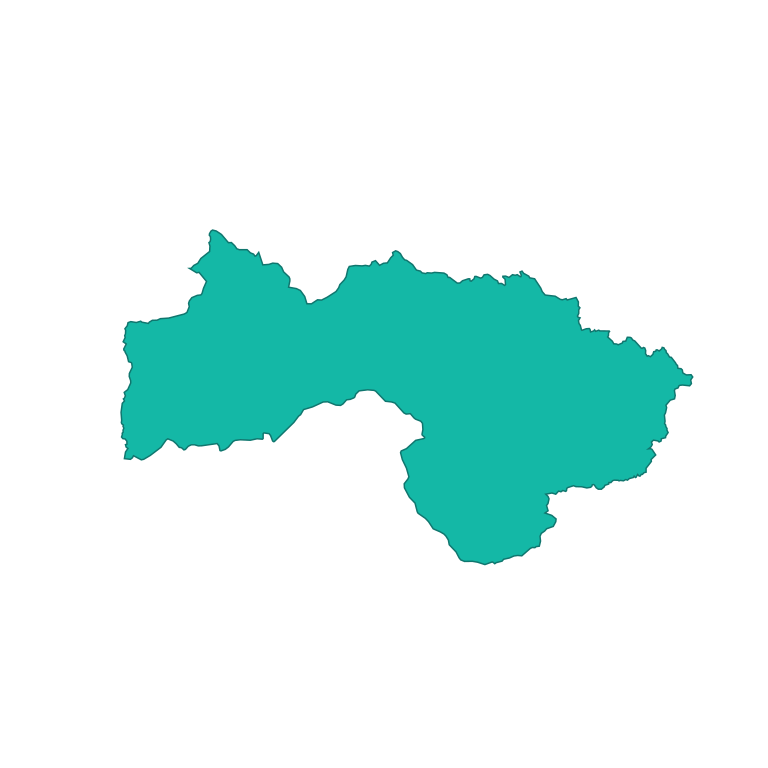 Thuong Xuan, Thanh Hóa, Vietnam, rotated 324°
{"feature_id": "81297802B72882386082996", "entity_name": "Thuong Xuan", "entity_type": "district", "adm_level": 2, "iso_a3": "VNM", "parent_name": "Vietnam", "parent_adm1": "Thanh Hóa", "projection": "natural_earth1", "projection_center": [105.249, 19.914], "detail": "fine", "context": "isolated", "style": "filled", "palette": "teal", "viewbox_px": 768, "rotation_deg": 324, "n_neighbors": 0, "source": "geoboundaries", "source_scale": "gbopen_adm2", "svg_char_len": 6171}
<svg xmlns="http://www.w3.org/2000/svg" viewBox="0 0 768 768"><g transform="rotate(324 384 384)"><path d="M210.5,186.0L206.9,187.0L206.5,188.8L204.3,191.5L202.6,192.5L202.0,194.2L197.8,196.5L199.0,200.1L194.0,202.7L193.4,204.1L193.8,205.3L193.3,206.1L192.8,210.2L190.5,215.8L192.1,218.1L192.1,218.9L190.2,222.5L184.2,225.8L182.3,228.2L181.0,232.4L179.7,234.3L173.4,237.9L168.9,238.1L167.8,241.6L165.3,243.0L164.4,242.9L164.1,245.2L160.9,245.8L154.6,252.4L150.5,259.1L148.8,260.9L148.5,262.1L149.0,264.1L148.0,264.8L147.6,266.8L145.8,267.9L144.6,269.7L143.3,269.9L142.5,271.2L140.5,272.6L140.6,274.7L142.2,276.2L142.4,279.1L140.7,281.6L139.2,281.1L138.3,283.5L139.0,285.6L134.9,287.1L130.1,291.8L134.6,295.9L137.1,295.8L139.2,294.8L143.1,302.7L145.4,303.7L153.0,304.4L166.4,304.1L174.9,301.2L176.9,301.3L179.9,306.2L180.8,310.3L181.1,314.9L182.7,316.5L183.4,319.7L184.9,320.2L189.0,319.3L192.3,319.9L195.1,321.9L197.4,324.9L200.2,326.8L214.0,334.1L214.1,337.2L212.2,341.4L212.8,342.3L217.2,343.6L221.2,343.5L228.1,341.8L230.4,342.1L234.9,344.6L242.8,350.9L249.1,353.7L253.2,357.2L254.1,357.1L257.1,353.1L258.1,353.0L261.9,356.7L261.9,359.1L260.4,364.6L260.7,365.7L261.5,366.1L288.5,362.1L296.0,359.8L298.5,359.8L303.9,357.4L312.7,360.5L324.2,362.8L328.0,365.3L332.7,372.8L336.3,375.8L339.2,376.0L344.4,374.8L347.7,376.6L351.4,377.5L352.6,377.4L355.2,375.6L359.8,374.9L367.4,379.1L372.3,383.4L373.1,385.0L375.0,398.8L379.5,402.9L381.7,405.9L383.1,419.1L384.2,421.3L387.9,423.5L388.3,429.0L388.8,430.9L391.9,435.7L392.0,438.4L388.7,443.7L385.2,447.0L384.9,447.9L385.6,450.9L385.2,451.5L384.0,451.5L376.5,448.2L364.2,449.5L358.6,448.3L357.0,449.3L354.4,456.0L352.7,465.3L349.6,473.7L347.5,474.9L341.7,476.6L339.5,480.0L338.0,490.6L339.1,498.6L335.8,506.9L335.6,508.6L338.5,517.0L339.1,521.6L338.7,530.1L342.6,536.7L344.3,540.6L344.7,543.5L344.4,548.0L342.3,552.4L343.6,562.3L342.6,568.8L342.7,571.4L344.9,574.9L351.3,579.4L355.0,583.2L359.5,589.4L366.4,591.4L367.3,592.0L368.0,594.5L369.8,594.5L375.4,596.7L377.8,596.1L383.3,598.5L388.0,599.5L391.4,601.3L394.5,604.0L405.7,603.0L407.8,603.4L409.9,605.1L411.5,605.0L414.3,606.5L418.3,603.1L420.7,598.9L423.5,597.3L427.5,597.4L430.5,596.7L437.2,598.7L442.0,596.4L443.9,594.3L442.5,588.9L438.4,583.0L442.2,583.0L444.1,577.8L446.4,577.1L450.0,573.9L450.6,571.4L450.1,568.2L455.8,570.9L458.2,574.1L462.3,573.3L463.8,575.2L466.1,575.3L467.9,577.7L468.9,577.6L470.5,575.9L471.8,575.8L477.6,577.7L478.9,579.8L483.6,583.4L487.0,587.3L490.4,589.0L492.0,588.9L493.2,588.0L494.3,588.4L494.8,589.3L494.7,592.7L495.5,595.0L498.0,596.9L501.6,596.7L503.1,595.8L507.0,597.0L508.0,595.9L509.6,597.1L512.3,596.6L513.9,597.2L516.9,599.6L517.2,600.5L518.5,600.9L520.9,603.1L523.4,603.4L524.5,604.9L526.9,604.7L530.8,606.2L532.2,605.6L532.4,607.4L533.1,607.6L536.0,606.3L536.2,608.1L536.9,609.0L539.1,608.4L539.9,609.0L542.3,608.6L544.2,609.4L546.5,606.2L554.8,603.8L555.7,602.1L562.1,601.1L562.4,594.3L561.5,592.8L559.9,591.9L562.9,591.8L565.4,590.7L566.3,588.1L569.0,587.8L572.1,591.0L572.5,592.6L574.6,593.0L576.2,591.3L580.2,592.9L581.4,591.7L585.3,590.3L585.8,587.6L586.8,586.4L587.0,584.1L587.8,582.6L587.7,581.0L589.5,579.3L592.6,573.9L594.8,572.8L598.8,569.2L599.6,566.9L606.1,565.3L610.3,566.8L612.8,564.5L615.1,560.0L616.6,559.1L619.5,560.0L621.7,558.8L622.6,559.0L624.9,560.3L630.2,565.1L632.9,564.4L634.5,561.0L637.9,559.8L637.9,557.0L634.1,554.5L633.2,552.9L632.3,550.6L633.6,548.0L633.3,546.2L631.0,544.1L632.4,541.4L632.0,540.2L632.3,538.1L632.1,531.3L630.8,530.0L631.2,526.0L630.8,524.7L631.8,522.6L631.4,521.1L631.7,519.2L630.6,517.9L629.2,518.8L626.0,519.0L625.2,517.1L624.3,516.4L623.1,517.2L621.2,516.4L618.9,518.1L615.6,518.5L614.5,516.5L613.3,516.2L613.4,513.2L615.4,510.7L616.1,508.2L615.4,507.0L613.8,506.9L613.2,506.1L612.2,496.7L611.1,494.5L611.2,492.2L610.5,490.9L608.3,489.2L604.8,491.4L602.4,490.0L600.9,490.9L596.5,489.9L595.7,488.4L593.5,486.5L593.9,483.6L592.6,477.4L594.0,476.8L595.9,474.4L597.3,474.1L597.3,473.5L589.8,467.9L589.4,466.7L586.2,465.8L586.2,464.0L584.7,464.3L581.7,463.3L582.8,460.9L582.7,459.8L580.1,458.2L575.7,456.9L575.6,456.2L577.3,451.9L577.3,449.7L578.6,447.0L581.5,445.7L580.3,444.2L580.4,442.8L583.0,441.4L585.2,438.4L587.3,437.5L586.9,435.2L589.5,431.9L590.2,426.9L581.6,423.7L581.5,422.0L577.8,420.7L576.4,419.2L574.1,413.6L566.7,406.8L566.3,402.3L567.2,398.5L567.7,387.4L564.3,383.8L564.5,381.8L562.0,376.5L562.0,373.8L559.8,373.3L559.1,376.5L557.9,377.6L557.3,377.3L556.1,373.9L554.1,373.2L552.2,371.1L547.8,371.3L545.8,368.2L543.5,366.7L543.0,367.3L543.5,370.5L540.7,375.0L539.5,375.1L538.3,371.9L535.7,370.0L536.4,367.3L534.7,363.9L533.5,358.5L532.3,356.2L529.1,354.5L526.3,355.6L524.4,355.1L521.7,351.0L520.6,350.4L518.8,351.8L515.0,352.1L514.3,351.1L515.2,349.3L513.9,348.4L508.2,346.6L504.8,346.9L502.6,345.5L499.8,336.4L498.5,335.5L499.1,332.6L497.7,329.5L490.5,323.4L487.8,322.3L484.3,319.4L482.7,319.2L480.1,316.5L479.8,314.1L477.2,310.9L477.3,304.2L475.0,297.3L473.7,295.7L473.4,292.3L473.9,288.1L473.0,285.0L471.7,283.1L468.2,282.7L467.1,285.3L463.7,285.8L457.9,288.0L454.5,286.0L450.2,285.4L449.6,279.2L445.9,278.3L443.9,279.7L441.4,280.0L438.7,277.1L435.7,275.6L430.5,271.3L425.0,268.5L422.1,270.0L416.4,275.0L412.8,276.5L406.8,277.6L403.9,279.5L399.5,281.0L389.0,280.4L382.8,279.4L379.7,276.8L372.5,276.5L368.8,273.8L371.3,266.6L371.3,259.2L369.2,255.3L363.7,249.6L368.4,245.3L369.6,243.6L370.1,241.6L368.7,234.3L369.8,229.4L368.8,224.1L365.0,220.8L361.2,219.6L356.0,216.4L360.0,203.9L356.1,205.1L354.8,204.8L354.8,202.2L353.0,199.4L352.2,194.9L345.9,190.3L344.4,188.1L344.5,184.4L343.7,179.9L341.2,178.2L340.4,167.5L338.2,161.6L335.8,158.7L333.9,158.6L331.2,159.8L330.1,161.0L330.2,162.7L328.8,165.0L327.1,166.6L325.5,166.7L324.2,170.2L320.8,174.3L309.6,174.8L304.3,176.9L299.8,176.3L296.0,177.1L294.6,176.2L297.8,183.9L300.0,185.0L300.7,196.7L294.2,200.5L290.0,203.8L288.2,204.3L285.0,202.5L279.3,201.2L275.4,202.4L273.3,203.9L271.9,207.0L266.6,210.3L263.6,210.0L248.5,204.1L241.5,199.7L237.9,199.0L234.0,196.3L230.5,196.0L229.0,196.5L224.4,191.6L224.1,190.2L219.8,188.7L215.8,184.7L213.0,183.9L210.5,186.0Z" fill="#14b8a6" stroke="#0f766e" stroke-width="1.5"/></g></svg>